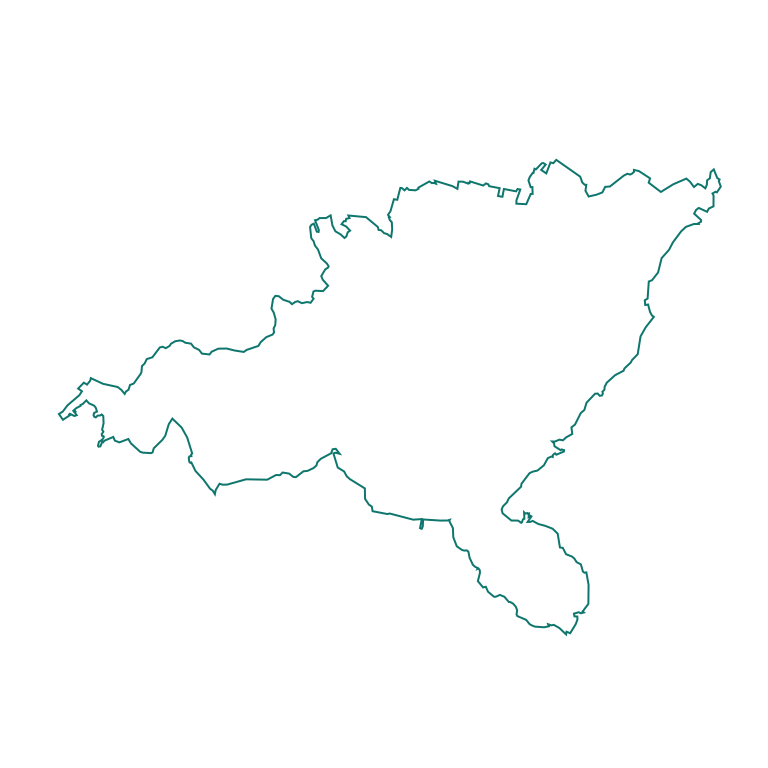 Aghiresu, Cluj, Romania (Mercator projection), rotated 274°
{"feature_id": "2599482B10502260282790", "entity_name": "Aghiresu", "entity_type": "district", "adm_level": 2, "iso_a3": "ROU", "parent_name": "Romania", "parent_adm1": "Cluj", "projection": "mercator", "projection_center": [23.266, 46.881], "detail": "fine", "context": "isolated", "style": "outline", "palette": "teal", "viewbox_px": 768, "rotation_deg": 274, "n_neighbors": 0, "source": "geoboundaries", "source_scale": "gbopen_adm2", "svg_char_len": 6132}
<svg xmlns="http://www.w3.org/2000/svg" viewBox="0 0 768 768"><g transform="rotate(274 384 384)"><path d="M621.1,698.0L618.1,695.1L611.9,694.7L609.7,692.1L605.4,692.2L601.6,690.9L604.5,686.5L605.5,683.0L602.1,679.5L607.2,675.1L610.0,671.3L603.4,658.6L594.9,646.8L603.3,634.0L607.7,635.1L614.2,623.4L615.0,618.4L613.1,618.6L611.0,616.6L610.1,614.9L610.7,612.2L608.8,608.9L596.8,595.6L596.1,590.9L590.3,588.4L587.8,583.1L585.3,575.1L590.8,571.5L596.8,571.9L596.7,570.4L598.9,567.7L604.5,565.3L619.6,540.2L616.1,537.5L616.6,534.6L605.4,531.2L608.5,525.9L614.2,530.0L615.5,527.6L615.2,526.0L608.7,520.6L609.2,519.1L605.0,518.4L605.1,517.7L600.7,515.0L597.2,513.9L590.6,516.6L590.8,518.3L584.0,519.0L583.8,517.1L573.3,513.4L573.1,503.5L576.4,503.3L587.5,506.4L587.8,503.6L585.4,502.3L586.9,490.0L579.1,489.1L579.1,487.8L579.5,484.6L587.4,485.7L588.7,475.1L590.5,474.1L591.2,471.7L588.9,469.1L592.1,455.7L590.3,455.4L590.6,454.0L589.8,453.8L591.3,448.9L591.1,444.2L583.8,443.6L586.2,438.4L590.3,420.6L587.4,421.9L588.1,419.6L587.7,417.8L589.2,415.1L582.3,404.6L581.1,404.8L579.4,401.9L579.4,395.4L581.2,393.2L578.6,391.0L580.8,388.0L580.7,386.6L568.7,384.4L569.0,381.0L556.8,378.4L553.0,376.2L550.9,378.1L550.6,377.2L548.1,378.3L545.9,380.5L538.8,381.4L531.2,380.9L533.8,376.7L534.5,373.5L537.1,370.6L537.3,367.9L540.3,366.8L549.2,354.4L549.6,336.7L547.1,338.0L546.1,334.7L543.7,334.4L543.7,332.7L540.4,330.5L538.5,335.3L534.6,339.5L532.9,337.3L528.5,336.1L526.9,334.4L530.3,330.2L532.9,324.9L538.5,321.5L548.5,319.0L545.5,314.6L545.0,308.1L543.2,306.2L542.6,303.8L532.9,308.3L531.1,308.1L531.3,306.3L539.1,302.8L537.8,300.6L535.5,299.3L524.3,301.3L521.6,303.8L517.4,305.4L513.5,308.8L505.0,312.6L500.3,318.5L497.7,320.5L496.5,320.3L494.2,317.4L487.3,313.9L483.8,315.6L478.1,321.4L472.4,316.7L472.3,309.0L471.4,307.2L465.9,306.2L464.2,307.8L459.9,305.1L460.4,301.6L458.9,296.4L460.6,292.2L459.6,289.6L457.2,286.7L459.4,283.9L461.0,277.6L464.2,273.0L464.4,269.5L461.0,267.4L451.3,266.5L447.6,269.0L440.9,271.4L435.1,271.4L431.8,270.0L427.6,270.7L425.4,269.2L422.6,263.4L417.2,258.1L413.2,256.0L408.4,244.5L406.2,241.9L407.0,232.6L408.4,224.6L407.7,216.3L404.2,209.8L401.3,207.9L401.6,200.3L405.1,197.2L407.3,191.8L410.8,188.7L411.3,182.9L412.8,180.2L413.2,177.4L412.1,172.8L409.4,168.8L407.0,167.4L404.5,163.8L405.7,160.6L404.8,157.8L394.5,151.1L392.3,145.6L387.8,143.8L385.0,141.3L378.9,141.2L376.9,140.4L367.0,134.3L365.3,130.7L360.4,129.5L358.5,127.1L356.0,126.0L359.8,122.4L362.4,118.6L364.6,103.6L369.4,91.1L366.8,90.7L362.7,87.8L364.4,84.5L358.1,79.2L355.7,83.2L351.7,81.0L340.7,69.8L334.1,65.5L331.4,61.8L325.9,66.2L330.8,72.6L331.5,72.0L332.4,72.7L330.5,77.2L331.4,79.6L333.7,77.8L335.0,78.3L335.5,77.6L334.6,76.8L335.6,75.9L338.5,78.7L341.0,82.8L341.9,82.7L343.0,84.8L346.9,88.2L344.1,91.1L342.2,96.4L340.1,98.2L336.5,99.6L334.9,96.8L332.6,96.4L331.0,97.4L330.6,98.8L332.5,100.6L332.8,103.1L333.9,104.5L332.5,106.2L325.3,107.0L318.7,106.0L316.8,107.4L314.3,105.9L312.7,106.3L312.4,107.9L311.4,108.2L309.0,106.9L306.4,103.7L302.5,103.0L301.6,103.6L302.0,105.4L307.1,107.1L306.4,108.0L307.9,109.0L312.3,117.6L308.7,119.5L307.3,124.1L311.3,132.8L307.1,135.7L299.3,145.6L298.7,148.3L298.8,156.5L299.6,157.9L303.8,158.8L312.7,166.7L317.1,169.4L328.9,172.1L334.7,175.3L326.4,185.2L316.9,191.4L301.3,197.5L300.1,196.5L298.6,196.9L298.2,194.9L296.9,194.4L293.0,195.1L291.8,196.3L292.3,197.3L284.1,202.0L276.0,210.6L267.4,217.8L265.7,220.6L262.3,223.0L266.5,223.5L273.0,226.9L272.3,230.0L272.7,234.5L279.3,253.0L280.4,274.2L285.7,282.7L285.8,286.6L288.6,289.0L288.0,295.7L285.0,300.0L284.9,302.6L291.3,309.7L292.0,313.8L295.2,319.5L298.0,322.3L301.4,323.0L305.0,326.2L311.2,336.1L315.3,337.3L316.0,340.4L311.3,344.6L312.1,340.3L311.2,338.4L297.4,343.7L294.0,350.3L289.4,353.2L286.8,356.5L278.5,372.2L268.1,373.1L262.7,377.3L260.8,380.4L256.3,381.5L254.5,396.5L255.2,398.7L250.7,422.6L251.9,431.1L242.7,430.0L242.2,431.2L242.3,431.9L244.7,432.6L251.6,432.5L251.7,449.9L252.2,456.6L253.1,459.1L252.0,458.6L245.1,462.8L236.0,463.8L227.2,467.9L223.9,473.3L223.4,475.7L223.8,478.2L222.6,479.9L216.6,481.5L209.8,485.3L207.9,487.8L206.9,490.5L206.1,490.2L206.6,491.1L205.0,492.5L202.3,492.9L193.9,491.4L188.0,497.0L188.8,499.7L184.0,502.3L179.5,508.5L179.5,510.2L181.7,514.3L180.1,519.0L175.3,523.7L175.2,525.4L173.9,528.1L170.9,531.1L167.6,532.6L163.4,532.3L161.8,533.2L158.6,542.3L154.6,546.0L153.2,549.1L152.5,551.5L152.5,560.8L153.8,565.4L155.8,564.5L154.9,567.8L155.6,570.1L152.8,576.0L146.9,583.1L149.6,583.4L148.4,587.1L158.0,592.1L162.7,593.4L165.5,593.1L165.5,590.2L168.2,589.5L169.9,594.2L169.0,596.4L170.0,599.3L170.9,598.0L178.9,603.2L197.9,602.1L210.2,599.0L209.7,597.1L210.8,595.5L217.8,593.0L219.7,588.6L223.3,585.9L225.0,583.5L226.9,577.5L233.0,573.8L233.2,570.9L246.8,567.7L251.4,562.3L253.7,554.9L255.1,547.7L257.8,541.9L256.6,539.5L256.4,536.9L262.2,540.3L263.0,538.6L262.0,538.8L261.3,537.6L264.5,537.7L264.0,537.1L265.3,536.3L264.6,534.2L265.8,532.7L259.3,533.4L258.7,532.1L255.6,531.2L255.1,530.5L257.1,527.3L256.7,520.6L263.3,511.3L267.1,510.1L270.4,511.3L274.5,514.9L278.5,516.4L291.1,527.9L294.1,528.1L305.2,535.4L306.9,538.4L308.4,543.2L314.1,549.2L321.5,552.6L323.4,556.3L323.0,557.4L324.9,557.5L326.4,558.9L326.8,559.6L325.5,560.9L329.2,568.2L330.6,568.2L331.1,565.7L330.3,564.8L333.8,558.4L336.6,557.8L338.4,555.8L338.5,558.4L340.7,562.9L340.3,566.4L343.6,569.6L347.3,575.3L353.8,574.0L356.9,577.4L368.7,582.3L372.1,585.7L379.4,587.3L389.0,595.2L389.4,597.8L387.3,600.0L387.8,602.3L390.0,603.0L391.5,602.4L393.7,604.3L396.6,604.3L400.8,606.1L408.9,613.9L413.9,622.0L416.3,622.8L422.7,628.7L425.1,629.7L431.4,635.0L449.4,636.6L458.8,641.1L469.8,648.5L471.0,646.6L474.3,644.4L481.7,641.9L481.0,639.1L485.7,638.3L487.6,641.0L504.7,641.0L506.2,644.1L514.3,649.6L529.0,652.2L537.6,658.9L545.4,662.3L556.9,669.7L561.8,674.2L565.2,681.9L565.6,686.8L566.3,686.4L568.0,688.9L569.7,688.9L575.6,681.5L579.4,683.2L581.6,685.7L578.3,694.3L581.7,695.8L584.2,700.3L595.0,699.6L597.0,698.4L598.9,701.4L598.4,702.7L604.4,706.2L609.8,703.8L611.4,704.5L612.7,702.1L621.1,698.0Z" fill="none" stroke="#0f766e" stroke-width="2"/></g></svg>